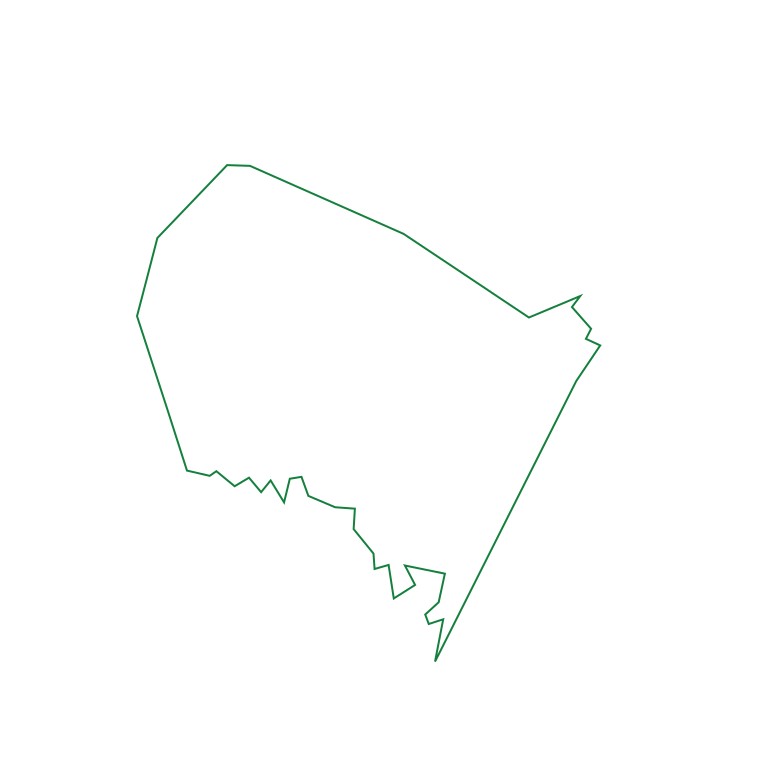 Caldwell, Kentucky, United States of America, rotated 151°
{"feature_id": "52423323B23836541816495", "entity_name": "Caldwell", "entity_type": "district", "adm_level": 2, "iso_a3": "USA", "parent_name": "United States of America", "parent_adm1": "Kentucky", "projection": "robinson", "projection_center": [-87.834, 37.165], "detail": "fine", "context": "isolated", "style": "outline", "palette": "green", "viewbox_px": 768, "rotation_deg": 151, "n_neighbors": 0, "source": "geoboundaries", "source_scale": "gbopen_adm2", "svg_char_len": 658}
<svg xmlns="http://www.w3.org/2000/svg" viewBox="0 0 768 768"><g transform="rotate(151 384 384)"><path d="M473.9,116.5L214.4,293.4L176.2,312.9L185.5,325.6L176.1,331.9L182.3,360.2L169.7,365.8L225.0,371.9L294.1,505.8L395.5,639.8L415.1,651.5L511.4,621.6L543.9,587.4L567.1,563.1L586.1,465.2L598.3,403.8L581.0,388.2L572.9,389.0L564.2,367.0L547.5,367.5L543.9,349.0L529.9,354.6L528.8,328.9L512.3,346.8L501.2,342.8L504.4,322.8L486.5,299.9L469.9,289.1L480.9,271.8L475.4,240.8L481.9,226.8L467.7,223.5L479.4,191.7L454.2,193.2L453.7,215.1L422.7,188.6L442.0,166.6L459.7,162.4L461.2,152.4L446.3,149.5L473.9,116.5Z" fill="none" stroke="#15803d" stroke-width="2"/></g></svg>